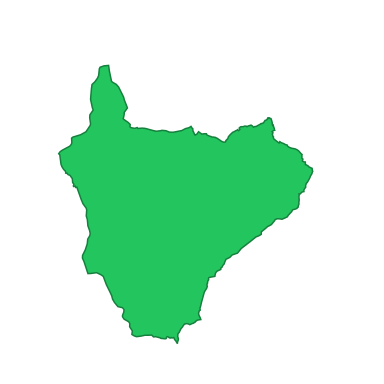 outline of Budesti, Maramures, Romania, rotated 76°
{"feature_id": "2599482B87863551730406", "entity_name": "Budesti", "entity_type": "district", "adm_level": 2, "iso_a3": "ROU", "parent_name": "Romania", "parent_adm1": "Maramures", "projection": "equal_earth", "projection_center": [23.957, 47.717], "detail": "fine", "context": "isolated", "style": "filled", "palette": "green", "viewbox_px": 384, "rotation_deg": 76, "n_neighbors": 0, "source": "geoboundaries", "source_scale": "gbopen_adm2", "svg_char_len": 5998}
<svg xmlns="http://www.w3.org/2000/svg" viewBox="0 0 384 384"><g transform="rotate(76 192 192)"><path d="M318.9,281.0L319.2,279.1L319.5,276.1L319.6,272.4L320.4,269.1L321.1,265.7L323.3,264.4L323.6,262.2L325.8,258.2L326.2,257.9L326.6,257.4L326.9,256.4L327.8,254.1L328.0,253.4L328.0,252.7L327.9,252.5L327.7,252.3L326.9,252.0L326.7,251.8L326.5,251.3L326.4,250.8L326.6,250.4L327.8,249.4L327.9,249.1L327.9,248.9L328.2,248.9L328.4,248.7L328.5,248.3L328.3,247.2L328.7,246.8L328.9,246.4L328.8,245.0L329.2,244.8L330.9,244.6L332.9,243.6L333.9,243.4L335.1,243.0L335.7,242.7L335.2,242.7L334.7,242.6L333.6,242.0L332.4,241.2L331.3,240.7L330.3,240.8L329.7,240.7L329.0,240.9L327.6,240.4L326.4,240.1L325.5,239.0L325.0,238.2L324.3,237.8L323.8,237.3L322.2,236.0L320.7,234.0L318.3,231.3L318.4,230.8L318.4,230.3L318.3,229.7L318.4,229.1L318.5,228.8L318.8,228.2L319.1,227.5L319.9,226.6L320.2,226.2L320.1,225.7L320.0,225.2L319.8,224.3L319.7,223.6L319.7,223.1L319.6,222.2L319.3,221.4L319.2,221.2L319.1,220.8L319.1,220.5L318.7,220.2L317.7,218.1L317.7,216.5L317.9,214.3L316.5,214.4L312.8,215.1L311.1,214.9L309.1,213.7L308.6,212.6L307.1,212.5L306.4,212.2L304.6,211.1L301.4,209.5L292.0,204.2L289.0,201.1L287.3,200.0L286.4,200.0L285.1,199.8L284.5,199.1L283.3,198.7L281.8,197.9L281.5,197.3L280.9,197.0L280.0,197.0L279.2,196.4L279.1,195.1L279.4,190.2L278.8,190.0L276.6,188.9L275.0,187.3L274.1,182.8L272.7,182.4L272.2,181.0L270.8,179.9L269.5,178.1L268.4,177.5L265.5,175.3L264.6,171.1L262.8,168.3L262.3,162.6L258.7,157.8L253.7,146.4L251.1,140.9L250.7,137.9L249.9,135.1L247.4,134.3L244.9,129.0L243.8,127.0L243.4,125.0L242.8,122.8L239.9,118.9L238.9,118.0L238.6,116.1L238.7,115.3L239.4,113.1L240.2,111.3L239.6,107.6L239.4,106.7L239.2,105.6L238.9,105.2L238.0,104.4L237.5,103.8L237.2,103.1L236.2,101.7L235.2,100.0L234.4,99.4L233.7,98.7L233.6,97.9L233.6,95.8L233.4,94.9L233.4,94.3L232.9,93.7L232.4,92.7L231.7,92.4L231.2,92.3L230.9,92.1L230.4,91.6L230.1,91.4L228.7,90.9L227.6,90.8L226.9,90.4L226.5,90.2L224.8,89.7L224.0,89.7L223.5,89.6L222.2,89.3L221.6,89.0L220.6,88.7L219.7,88.6L220.0,87.6L220.0,87.3L218.9,85.8L218.6,84.6L218.7,83.3L217.5,83.1L216.9,82.8L216.2,82.2L215.0,80.6L214.6,80.4L213.8,80.4L213.3,80.2L212.7,79.9L212.2,79.5L211.5,79.2L210.7,78.3L210.8,78.1L210.7,77.9L208.6,75.9L206.7,74.2L205.2,73.2L204.6,72.6L203.9,71.8L203.4,71.4L202.7,70.9L201.9,70.5L201.0,69.8L200.7,69.9L200.3,70.0L199.0,69.8L198.7,69.9L198.1,69.7L197.3,70.8L196.3,71.9L196.0,72.4L194.5,73.2L193.3,74.6L192.9,75.3L191.4,75.0L190.3,74.8L190.1,75.4L189.9,76.0L189.5,76.5L188.6,77.4L186.9,76.4L186.1,77.1L185.0,77.0L183.9,76.7L182.7,76.4L182.2,76.1L181.5,76.7L180.0,77.5L178.0,78.5L176.9,79.4L176.2,80.1L175.1,81.5L174.5,82.7L174.2,83.5L173.6,84.7L173.1,85.5L172.4,86.5L171.5,87.5L170.6,88.1L169.3,88.4L169.0,89.3L168.3,90.2L167.2,91.3L165.8,93.4L164.4,94.6L165.5,95.6L164.9,96.2L163.4,97.4L162.8,97.9L162.3,98.2L160.4,99.7L158.7,99.9L158.2,99.6L157.6,100.1L157.0,100.0L156.4,99.9L155.3,100.1L154.2,99.1L153.9,99.2L152.9,99.7L152.2,98.3L152.1,97.8L152.1,96.8L151.4,96.9L150.5,96.8L149.8,96.8L149.1,97.0L146.7,97.0L146.9,97.6L145.7,97.7L144.3,97.4L142.4,97.4L141.4,97.4L139.9,97.6L139.6,98.3L139.0,98.7L138.8,99.0L139.2,99.2L139.2,99.6L138.7,99.8L138.4,100.2L138.5,100.7L139.5,101.3L139.9,101.9L140.2,102.9L140.2,103.8L140.8,104.4L141.7,105.4L142.2,105.9L142.3,106.2L142.4,106.7L142.2,107.2L142.5,107.7L142.6,108.0L142.3,108.6L142.8,109.4L142.9,110.2L143.3,111.6L143.5,112.6L143.9,113.5L143.7,115.4L144.0,116.6L142.2,117.7L141.4,118.5L141.5,121.1L141.6,121.8L141.9,122.9L141.2,123.5L140.9,124.5L140.8,125.3L141.0,126.4L140.7,127.7L140.5,128.7L140.7,129.6L140.9,130.0L141.4,130.8L142.8,130.4L143.7,132.0L142.6,132.8L142.8,133.0L143.0,133.7L143.1,134.6L143.6,136.3L143.8,137.1L143.8,137.6L143.9,138.0L144.1,138.4L144.3,138.8L145.8,141.4L146.5,142.2L146.8,142.9L147.2,143.3L148.2,143.9L149.3,144.8L149.4,145.3L149.6,145.6L150.4,146.8L151.3,147.2L151.5,147.6L151.5,148.5L151.0,149.8L149.8,151.2L146.6,154.0L146.4,154.2L146.2,154.3L145.4,155.3L145.4,155.5L144.8,155.9L143.7,158.3L143.7,158.9L143.4,159.5L143.0,159.9L142.7,160.2L142.5,160.7L142.2,161.2L140.9,163.0L140.1,163.8L139.0,163.9L138.8,164.2L138.7,165.1L138.4,166.2L138.3,167.4L138.2,168.4L135.1,171.1L135.4,171.4L137.2,173.5L137.2,174.6L137.5,175.2L136.7,175.6L134.5,175.9L133.9,176.0L133.6,176.3L131.8,176.1L130.8,175.9L130.0,176.5L128.1,177.1L128.7,178.8L128.9,179.8L128.9,183.0L129.9,187.0L129.5,195.6L128.5,199.3L126.2,202.5L124.9,206.2L124.9,207.9L124.4,211.9L123.1,214.6L119.0,221.9L118.0,224.8L117.2,229.2L116.2,229.6L116.4,231.9L116.0,233.0L115.4,234.4L114.5,236.0L113.5,236.4L111.6,235.6L109.1,237.1L107.6,238.4L104.9,240.7L104.2,241.0L102.2,239.9L100.2,239.0L98.4,238.5L94.8,234.3L86.2,235.4L83.3,235.4L72.4,237.8L69.3,239.4L66.1,242.7L65.0,243.3L54.7,242.9L49.0,242.3L48.3,246.9L48.7,251.0L50.0,252.1L56.4,254.4L58.8,256.3L61.6,259.6L63.5,263.0L67.5,264.6L77.5,268.0L86.2,268.3L88.5,268.0L92.4,272.4L95.2,273.3L101.0,273.9L102.6,274.5L107.9,280.3L109.5,286.2L109.9,294.3L110.6,295.8L115.2,296.7L116.6,297.6L118.0,299.6L120.0,307.6L121.0,310.2L122.6,312.1L124.0,311.3L133.3,312.4L135.9,312.1L139.0,311.1L141.0,309.9L141.9,309.8L142.7,309.8L143.1,310.0L143.4,309.7L143.5,308.8L143.8,308.5L144.5,308.4L145.3,307.9L146.1,306.6L146.7,306.2L148.6,305.5L149.3,305.2L150.1,304.9L151.4,305.1L153.2,305.4L154.0,305.5L154.6,305.3L155.2,304.9L155.6,304.8L156.3,304.9L156.9,305.3L157.3,305.6L158.0,305.6L158.2,304.7L158.2,303.8L159.5,303.7L159.6,302.5L161.3,302.4L172.5,301.3L177.1,300.6L182.0,298.6L183.9,298.5L189.7,300.4L193.2,300.2L199.6,301.2L204.5,300.7L207.5,300.8L209.6,301.7L212.5,304.6L217.0,306.2L222.4,309.6L227.0,313.5L229.6,314.3L233.4,313.6L246.0,312.7L246.6,309.8L247.2,304.1L250.3,300.3L252.4,298.5L261.2,297.5L270.5,295.5L273.5,295.0L276.8,295.0L280.5,293.9L285.3,291.6L287.5,287.4L289.7,286.4L292.1,287.3L295.0,289.3L296.2,289.6L298.9,288.7L302.6,284.8L304.6,284.2L307.7,285.1L312.4,283.5L315.7,284.8L317.6,282.9L318.9,281.0Z" fill="#22c55e" stroke="#15803d" stroke-width="1.5"/></g></svg>